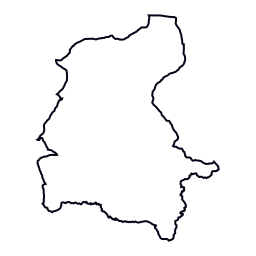 Pupiales, Nariño, Colombia
{"feature_id": "7082276B22938058716201", "entity_name": "Pupiales", "entity_type": "district", "adm_level": 2, "iso_a3": "COL", "parent_name": "Colombia", "parent_adm1": "Nariño", "projection": "albers", "projection_center": [-77.621, 0.918], "detail": "fine", "context": "isolated", "style": "outline", "palette": "ink", "viewbox_px": 256, "rotation_deg": 0, "n_neighbors": 0, "source": "geoboundaries", "source_scale": "gbopen_adm2", "svg_char_len": 5819}
<svg xmlns="http://www.w3.org/2000/svg" viewBox="0 0 256 256"><path d="M183.8,44.3L182.8,44.2L182.3,43.4L182.3,41.7L181.2,34.9L179.6,29.7L176.4,25.1L175.9,24.1L175.7,23.0L176.1,20.0L175.9,17.9L175.1,17.4L173.7,17.1L170.0,16.9L160.4,15.5L148.7,15.4L149.3,17.0L149.3,18.3L148.8,20.7L148.7,23.1L148.2,24.7L146.9,26.9L146.1,27.3L145.0,27.5L142.0,27.4L141.3,27.5L139.4,29.2L137.7,30.3L137.1,31.3L129.5,35.3L128.8,36.5L128.2,37.1L126.0,38.1L124.4,39.2L123.0,39.6L121.2,39.5L120.2,39.7L117.6,38.7L116.1,38.9L115.0,38.8L113.4,37.3L112.4,35.7L111.7,35.6L110.2,35.9L108.8,37.0L105.8,37.1L104.1,38.0L102.3,37.9L101.3,38.3L100.3,38.3L97.8,38.8L96.2,39.4L95.4,39.4L94.5,39.1L92.3,38.7L84.9,39.0L79.4,41.9L77.8,42.4L74.7,44.3L73.6,45.9L72.7,46.0L69.9,49.8L69.8,52.2L69.5,53.1L68.3,54.0L67.0,55.8L62.8,58.6L61.4,60.1L60.9,60.3L59.9,60.4L56.0,60.0L56.0,61.0L56.7,63.2L57.8,64.6L60.2,66.0L63.0,68.2L65.4,69.5L66.4,70.4L66.7,71.5L67.1,76.1L66.9,80.6L64.9,84.0L64.5,85.5L62.7,88.7L61.6,89.9L60.0,91.0L58.6,92.9L56.9,94.2L58.9,95.6L59.9,96.9L60.2,97.9L60.5,98.3L62.2,98.4L61.9,99.3L61.0,99.9L59.7,100.1L59.2,100.5L58.2,102.4L56.9,106.5L55.1,108.3L54.5,110.7L53.3,111.7L51.9,113.2L50.3,115.9L49.4,118.3L49.0,118.9L47.7,120.0L44.3,124.1L43.9,125.7L44.3,129.6L44.0,131.2L43.4,132.9L42.6,133.9L40.5,135.4L38.7,138.6L37.9,139.3L37.3,139.7L37.6,139.9L38.4,140.1L39.3,140.0L39.6,139.8L40.0,138.5L40.4,138.2L41.7,138.0L42.3,138.1L43.3,141.0L44.5,142.2L46.8,147.1L47.9,148.7L47.8,149.6L51.7,150.4L53.5,151.8L55.2,152.6L56.0,153.7L56.6,153.9L57.0,154.9L54.9,155.0L51.5,154.8L48.7,155.4L46.3,156.6L44.8,156.5L44.2,156.6L40.7,158.0L40.0,158.5L38.9,160.0L37.8,160.8L37.6,161.2L37.7,163.9L39.2,168.0L39.9,170.8L40.7,171.9L41.1,173.8L42.2,175.2L42.3,177.5L43.6,179.9L43.8,181.6L44.7,182.5L45.5,183.9L45.0,183.9L42.7,185.3L42.7,187.4L43.7,189.5L43.6,192.5L44.1,195.9L43.8,199.5L43.8,202.4L42.6,203.8L43.5,204.5L44.6,206.6L45.4,207.5L46.5,207.5L47.5,208.2L47.5,209.1L48.3,210.0L48.6,210.9L50.7,211.3L52.3,212.2L53.2,211.4L56.4,210.6L59.3,209.1L60.3,208.1L60.7,207.1L61.3,205.1L61.4,203.1L61.7,202.7L62.5,202.4L63.9,202.5L65.4,203.2L67.0,202.2L68.5,202.0L70.3,202.5L71.3,203.2L72.3,203.0L73.8,203.4L75.4,202.4L77.6,203.7L78.2,203.7L79.4,203.4L80.2,204.0L81.0,204.3L81.6,204.0L82.4,202.8L83.6,202.0L84.2,201.8L85.4,202.5L86.4,201.9L86.7,202.2L87.1,203.3L88.2,203.8L88.7,203.8L90.6,203.3L90.9,204.2L91.5,203.8L92.2,204.2L93.5,203.6L94.4,203.7L95.2,202.8L95.7,202.6L96.0,202.8L96.1,203.8L96.5,204.3L97.3,204.2L98.3,203.7L98.7,203.9L98.9,204.7L100.8,204.8L100.9,205.1L100.7,207.0L102.0,209.2L101.6,210.5L102.6,211.0L103.0,211.5L103.8,211.4L105.2,212.3L105.6,213.0L107.2,214.4L108.1,216.9L108.6,217.5L109.3,217.5L109.8,216.6L110.1,216.5L110.6,217.3L111.4,217.7L112.0,218.7L112.6,219.2L113.7,219.0L114.2,219.7L114.8,219.9L115.2,219.6L115.5,218.5L116.0,218.4L116.5,218.8L116.3,219.6L117.1,219.4L117.5,219.8L118.1,219.9L118.6,220.6L119.4,221.0L121.6,221.1L122.7,222.0L124.8,221.2L125.3,221.2L125.9,221.8L127.0,221.6L128.1,222.2L129.4,221.8L130.9,222.2L132.2,221.6L134.0,222.2L135.1,221.5L137.4,222.4L138.3,222.6L142.2,221.7L146.2,221.1L146.9,221.3L150.5,222.8L152.0,224.0L153.7,224.8L155.9,225.4L156.0,225.8L154.8,226.8L155.1,228.1L156.4,229.1L156.9,230.3L158.3,232.3L158.1,233.1L158.4,234.1L159.4,235.6L160.2,237.5L160.8,238.2L161.8,238.9L162.6,239.0L164.1,239.1L166.5,238.9L167.3,239.2L168.8,240.6L169.4,240.1L170.6,240.2L173.0,238.8L173.6,237.2L173.6,235.4L174.1,234.3L175.0,233.3L175.2,232.7L175.1,230.6L175.2,229.4L175.8,228.6L176.6,226.5L176.5,225.3L175.4,224.1L175.2,221.3L175.7,220.8L177.8,219.8L178.5,217.5L178.8,217.3L179.6,217.5L180.0,217.4L180.5,216.6L182.2,215.6L182.7,215.0L182.9,214.0L182.4,213.8L180.8,213.7L180.4,213.2L180.5,212.5L180.9,212.0L182.4,211.6L183.3,210.8L184.1,211.0L184.6,210.6L185.0,209.5L184.2,208.0L184.7,207.5L185.6,207.3L186.0,206.2L185.8,205.2L184.8,202.8L183.7,201.3L182.2,199.6L182.3,196.6L181.9,195.8L180.7,195.3L180.4,194.8L180.5,194.4L181.7,193.3L181.7,191.9L182.0,191.4L182.4,191.2L182.7,191.5L183.0,191.5L184.1,190.6L183.7,189.8L184.1,189.3L184.1,187.5L183.3,187.1L181.1,187.1L181.5,185.6L180.6,184.4L180.7,181.5L181.5,180.8L183.7,179.9L185.0,179.0L186.9,179.2L187.7,179.0L189.3,177.7L189.5,177.0L189.3,176.1L190.5,175.6L190.7,174.5L191.3,173.6L191.5,173.5L192.6,174.2L195.6,173.3L196.5,173.7L197.0,175.3L198.3,176.1L199.0,177.0L201.9,176.7L202.8,177.5L203.5,177.9L204.1,177.9L205.1,177.4L206.5,178.1L207.6,177.3L208.9,177.1L211.3,175.0L211.7,174.3L211.6,173.4L211.9,171.9L212.5,171.3L213.2,171.1L215.0,171.3L215.6,171.0L216.7,171.0L217.4,170.1L218.3,169.8L218.6,169.5L218.7,168.9L218.3,167.9L218.4,167.1L218.1,166.3L213.9,161.6L213.1,162.7L212.0,163.4L210.6,163.5L209.7,163.4L207.8,164.0L206.6,163.8L205.6,163.9L202.8,162.5L201.4,161.3L199.5,160.7L196.8,160.5L195.2,160.0L193.3,160.7L192.7,160.6L191.6,159.7L191.1,158.6L190.3,157.8L189.6,157.5L186.6,157.4L185.3,156.2L185.0,154.1L184.5,153.0L184.3,151.9L183.3,151.3L182.1,148.9L181.3,148.6L179.1,148.5L177.0,147.4L176.4,146.8L174.4,146.7L173.0,146.0L174.0,144.4L174.4,142.1L175.4,140.9L176.8,140.1L177.9,138.8L177.8,137.7L178.1,137.2L178.1,136.6L177.3,135.4L176.6,133.3L173.6,129.7L172.2,126.5L172.0,125.1L171.1,124.2L169.4,121.2L168.8,120.9L167.3,120.9L166.3,120.4L163.9,117.1L161.8,115.1L161.3,113.1L160.8,112.2L159.3,110.9L156.5,107.3L154.0,105.1L152.5,103.2L152.3,102.6L152.3,102.1L153.1,100.0L153.4,98.3L153.3,97.7L152.3,95.7L152.3,94.1L152.6,93.1L152.5,91.9L154.6,89.1L155.1,87.0L155.9,85.0L156.3,84.4L157.8,83.0L160.6,81.3L161.3,80.0L162.4,79.5L163.3,77.6L164.1,77.4L164.9,76.6L166.2,76.2L168.1,75.1L169.2,74.0L170.9,73.2L172.8,72.9L174.1,72.2L175.5,71.9L176.7,71.0L177.5,70.2L178.3,69.9L179.6,67.6L182.9,65.2L184.2,63.3L184.3,62.1L184.8,61.2L185.2,59.5L184.9,56.3L184.6,55.5L183.5,53.7L183.9,49.3L183.8,44.3Z" fill="none" stroke="#020617" stroke-width="2"/></svg>